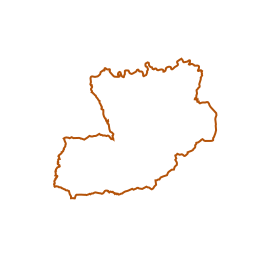 Thaba-Mokhele, Mohale's Hoek, Lesotho, rotated 51°
{"feature_id": "5366337B93418008192528", "entity_name": "Thaba-Mokhele", "entity_type": "district", "adm_level": 2, "iso_a3": "LSO", "parent_name": "Lesotho", "parent_adm1": "Mohale's Hoek", "projection": "natural_earth1", "projection_center": [27.545, -30.078], "detail": "fine", "context": "isolated", "style": "outline", "palette": "amber", "viewbox_px": 256, "rotation_deg": 51, "n_neighbors": 0, "source": "geoboundaries", "source_scale": "gbopen_adm2", "svg_char_len": 5829}
<svg xmlns="http://www.w3.org/2000/svg" viewBox="0 0 256 256"><g transform="rotate(51 128 128)"><path d="M190.6,148.1L190.8,146.5L190.0,144.2L189.8,141.9L186.0,139.6L186.9,138.2L187.0,136.9L187.8,136.0L187.0,133.8L187.8,131.0L189.2,127.4L188.0,125.2L187.7,124.1L187.9,120.3L189.2,118.5L187.8,116.6L187.4,115.0L187.4,113.3L186.5,112.4L185.4,111.7L182.5,111.3L182.0,109.6L180.1,109.0L179.1,108.5L179.4,107.1L179.1,105.9L181.3,104.7L182.3,102.7L183.4,102.2L185.1,101.9L185.5,101.3L185.6,99.9L185.4,97.7L184.4,97.0L185.6,93.3L185.9,91.9L185.9,91.1L185.5,90.3L185.5,89.0L185.1,87.8L184.4,87.1L183.7,86.7L183.3,84.9L182.5,84.2L183.4,82.4L183.5,79.4L183.3,78.4L183.6,77.1L185.9,76.7L186.8,76.0L190.5,71.3L191.0,70.2L191.0,69.5L189.4,68.1L189.1,66.9L187.1,63.5L185.1,60.9L181.4,58.4L180.5,57.4L176.2,54.7L175.3,53.8L173.7,51.2L171.9,50.1L163.9,50.6L161.8,50.4L159.9,49.7L158.1,49.7L157.5,50.4L156.7,52.1L155.9,53.0L155.0,54.2L154.3,55.8L154.2,56.4L153.8,56.8L152.2,56.8L152.2,56.5L151.9,56.3L151.6,56.6L151.5,57.4L151.2,57.6L150.9,57.4L150.6,56.9L149.7,56.7L149.6,55.9L149.4,55.8L149.1,57.1L148.3,57.3L147.7,58.0L147.5,57.8L147.3,56.6L147.1,56.5L147.3,55.9L147.2,55.6L146.0,54.7L145.0,53.3L144.9,53.0L144.4,52.5L142.1,51.2L141.7,50.8L141.5,49.2L141.1,47.9L141.2,47.0L141.0,46.4L140.3,45.8L138.8,45.1L136.0,40.9L135.2,40.1L134.7,39.9L133.7,37.2L132.7,36.9L132.4,36.3L132.0,36.1L130.6,35.6L130.6,34.9L130.4,34.6L129.2,34.9L128.7,35.4L128.1,37.3L127.7,37.6L127.2,37.4L126.4,35.6L125.6,34.7L125.0,34.2L124.2,34.1L123.3,34.6L122.0,36.4L121.3,37.1L120.3,37.1L118.5,37.9L118.1,38.5L117.6,40.2L116.9,40.6L116.3,39.7L116.1,38.8L115.1,37.8L114.5,37.4L114.2,37.5L113.9,37.9L113.7,40.2L112.2,43.0L111.8,43.4L111.2,43.4L109.5,42.9L107.8,42.9L107.5,45.1L107.3,47.9L108.0,48.6L109.8,49.0L110.1,49.3L110.4,49.6L110.5,50.7L110.1,53.2L110.3,56.1L110.1,56.9L109.6,57.2L109.0,57.1L107.9,56.5L107.3,56.6L106.2,57.5L105.7,58.6L105.4,59.8L105.5,61.0L106.3,61.8L107.0,62.9L107.0,64.3L106.5,65.0L105.4,64.3L104.6,64.3L103.7,64.9L102.9,66.2L102.1,68.2L101.4,68.8L100.3,68.9L99.8,68.7L99.2,69.0L98.8,69.6L98.8,70.5L98.6,71.1L97.9,71.3L97.6,71.7L95.9,71.2L95.3,71.8L94.3,72.2L92.6,72.2L90.7,71.0L90.3,70.9L89.3,71.6L89.3,72.3L89.0,73.7L89.5,74.4L90.7,75.3L91.7,75.3L91.9,75.0L92.6,74.8L94.8,75.4L95.5,76.3L95.8,77.4L96.9,78.2L98.1,80.2L98.2,80.7L97.8,82.1L97.7,83.1L96.9,83.3L95.4,82.2L93.6,81.6L93.1,81.7L92.4,82.1L91.4,83.4L90.8,83.6L89.3,83.3L88.9,83.5L88.6,84.5L89.2,85.9L89.2,86.8L88.6,90.2L88.3,91.1L87.3,91.8L86.1,92.1L83.8,91.5L83.4,91.7L82.0,93.3L81.7,93.9L81.7,94.5L84.2,96.6L84.5,97.4L85.8,99.3L85.7,99.5L84.5,100.1L83.1,100.1L80.0,98.9L79.1,99.3L79.0,100.5L79.5,101.5L80.0,102.1L80.4,102.3L81.8,101.4L82.3,101.6L82.6,102.3L82.1,103.4L79.9,105.9L79.4,106.3L78.1,106.6L73.6,106.8L72.4,106.6L71.6,105.6L71.0,105.3L70.4,105.7L70.1,106.6L69.7,107.0L69.0,107.5L67.3,107.9L67.0,108.3L67.0,108.7L68.4,110.0L68.3,110.5L67.6,110.8L67.4,113.6L67.4,114.1L68.7,115.9L68.8,117.1L68.8,119.1L67.5,121.5L65.3,123.4L65.0,124.1L65.0,124.5L65.1,124.9L65.7,125.8L69.0,127.9L70.3,129.7L71.3,129.9L71.3,129.5L71.9,129.2L72.1,129.5L72.4,129.5L72.7,129.8L73.3,129.9L73.7,130.3L74.3,132.1L75.0,132.6L75.5,132.7L76.1,132.6L77.0,133.0L77.3,133.7L78.5,133.2L79.3,133.3L79.8,133.1L81.8,133.0L82.5,132.7L84.0,133.2L85.6,133.1L88.2,133.4L89.2,133.1L89.6,133.7L90.8,134.3L92.3,134.4L93.8,134.9L94.8,134.9L95.5,135.6L95.9,135.6L96.4,136.6L97.1,136.5L98.3,135.8L99.1,136.3L101.6,138.4L103.9,139.4L106.3,139.8L106.7,139.5L108.6,140.4L109.4,140.5L109.5,138.8L110.4,139.3L110.5,139.8L111.3,140.5L111.4,141.0L111.8,141.1L112.8,140.7L113.2,140.8L117.2,143.2L119.3,144.0L119.7,144.1L121.5,143.3L123.5,143.2L124.2,144.2L124.3,145.0L125.4,145.5L125.8,146.0L126.7,146.0L127.5,146.5L126.9,146.6L126.7,147.4L125.9,148.0L122.8,147.9L121.9,148.0L121.2,148.4L120.7,149.8L119.8,150.3L118.7,151.3L118.1,152.3L117.2,152.6L116.5,153.1L116.1,153.7L114.5,154.0L114.1,157.4L113.7,158.3L112.8,159.5L112.3,160.8L111.4,162.0L109.9,162.9L109.9,165.4L109.5,169.3L106.8,170.9L106.5,171.4L105.6,171.7L104.9,172.3L101.5,176.8L99.7,177.6L99.2,179.8L98.1,180.4L96.5,181.9L95.9,183.2L95.7,184.6L96.9,184.7L97.8,185.2L100.7,186.0L101.4,186.5L101.8,187.4L102.6,188.0L103.1,189.2L103.5,190.8L104.3,191.2L104.6,192.4L105.1,192.8L105.3,194.2L105.0,194.8L105.7,195.4L105.8,196.0L105.7,198.1L106.0,198.7L105.8,199.1L106.2,199.9L107.1,199.9L109.0,200.6L108.4,201.3L108.7,202.2L109.8,203.1L110.2,204.0L111.1,204.0L111.5,205.1L112.0,205.3L113.8,204.7L114.9,205.3L114.9,205.7L114.5,206.1L114.5,206.7L114.2,207.7L114.9,210.1L115.4,210.7L116.1,211.0L116.0,211.7L118.4,213.1L118.9,213.6L119.2,214.3L120.6,213.2L120.9,213.2L121.2,214.6L121.6,214.6L121.7,215.4L121.6,215.9L121.7,216.4L122.3,216.6L122.5,217.1L122.5,218.0L123.3,219.0L123.8,219.1L124.8,219.7L124.8,220.3L125.2,220.9L126.0,221.0L126.8,221.8L127.6,221.9L128.3,220.2L129.9,219.0L130.7,218.9L131.2,218.2L132.2,217.4L133.0,217.4L133.2,217.1L135.2,216.3L135.8,215.7L137.0,215.6L137.6,215.2L138.3,214.3L139.5,213.9L139.8,213.6L142.8,214.9L145.3,215.3L146.7,216.5L148.1,214.6L148.8,214.2L149.2,213.6L147.9,211.7L147.5,210.8L147.5,210.0L150.1,206.6L152.8,203.6L153.0,203.2L153.9,202.6L154.8,200.4L155.0,199.3L155.9,198.9L155.9,197.7L156.9,196.3L157.1,194.8L157.6,193.8L160.3,191.6L161.7,190.3L162.6,189.8L163.0,189.0L163.0,187.8L162.4,185.7L162.6,184.8L163.5,183.6L164.8,183.4L164.8,183.0L166.3,183.1L166.4,181.6L167.8,180.8L167.8,180.3L168.0,180.0L169.3,180.0L169.7,179.6L170.8,179.7L170.7,179.1L171.9,178.7L171.7,178.2L172.2,177.7L172.9,177.6L173.0,177.2L173.8,177.2L174.3,176.3L174.7,174.6L175.2,174.0L175.3,173.3L175.2,172.4L175.6,170.0L176.2,168.8L176.8,167.3L177.9,163.0L179.4,162.5L180.2,159.8L180.3,158.5L180.9,157.8L181.9,157.5L184.3,155.3L185.2,150.6L186.5,150.1L187.3,149.3L187.9,148.9L189.3,148.7L190.6,148.1Z" fill="none" stroke="#b45309" stroke-width="2"/></g></svg>